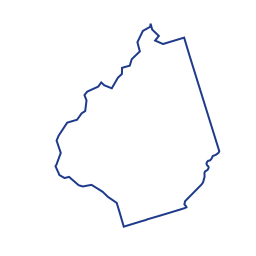 De Soto, Louisiana, United States of America (Robinson projection), rotated 253°
{"feature_id": "52423323B38676276985522", "entity_name": "De Soto", "entity_type": "district", "adm_level": 2, "iso_a3": "USA", "parent_name": "United States of America", "parent_adm1": "Louisiana", "projection": "robinson", "projection_center": [-93.77, 32.094], "detail": "fine", "context": "isolated", "style": "outline", "palette": "blue", "viewbox_px": 256, "rotation_deg": 253, "n_neighbors": 0, "source": "geoboundaries", "source_scale": "gbopen_adm2", "svg_char_len": 1022}
<svg xmlns="http://www.w3.org/2000/svg" viewBox="0 0 256 256"><g transform="rotate(253 128 128)"><path d="M34.9,95.1L34.9,104.5L34.9,107.3L34.9,113.8L34.8,117.9L35.0,119.6L34.8,140.2L34.8,158.5L35.1,160.7L36.0,160.7L38.5,159.6L41.3,161.2L42.9,164.1L52.5,181.9L54.1,183.9L59.0,187.0L61.7,187.7L63.2,188.2L64.0,189.2L64.7,191.9L66.0,193.2L67.0,193.7L68.2,193.4L69.2,192.7L70.9,192.6L72.2,193.5L73.2,195.0L73.0,196.9L74.3,199.0L76.4,200.8L76.7,204.3L77.8,207.3L79.1,208.5L179.1,208.0L198.0,208.1L198.1,186.0L203.7,179.5L207.0,184.4L215.1,179.9L221.2,180.1L218.3,178.9L216.5,170.6L207.3,162.1L197.8,161.7L192.7,151.7L187.1,147.9L187.3,139.9L181.5,138.0L179.0,133.0L170.7,124.1L175.8,117.8L179.4,115.7L176.3,111.7L174.7,99.6L172.2,96.0L166.5,96.4L156.7,92.0L155.6,88.0L150.8,81.7L150.9,71.4L141.0,59.5L136.8,56.0L131.3,56.2L123.8,56.4L113.8,48.8L112.7,47.5L103.0,48.7L98.7,52.7L98.5,57.3L87.7,64.1L85.3,67.7L84.3,76.5L74.3,85.2L68.1,88.6L59.7,95.3L49.2,95.3L34.9,95.1Z" fill="none" stroke="#1e3a8a" stroke-width="2"/></g></svg>